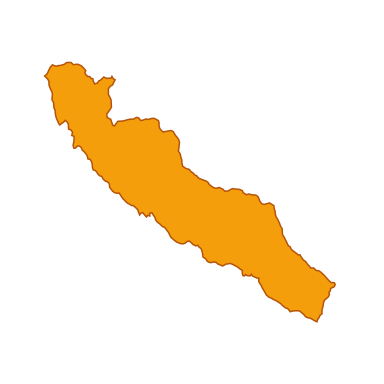 Chapada de Areia, Tocantins, Brazil (Equal Earth projection), rotated 170°
{"feature_id": "56859067B55527615433818", "entity_name": "Chapada de Areia", "entity_type": "district", "adm_level": 2, "iso_a3": "BRA", "parent_name": "Brazil", "parent_adm1": "Tocantins", "projection": "equal_earth", "projection_center": [-49.195, -10.166], "detail": "fine", "context": "isolated", "style": "filled", "palette": "amber", "viewbox_px": 384, "rotation_deg": 170, "n_neighbors": 0, "source": "geoboundaries", "source_scale": "gbopen_adm2", "svg_char_len": 4093}
<svg xmlns="http://www.w3.org/2000/svg" viewBox="0 0 384 384"><g transform="rotate(170 192 192)"><path d="M247.6,178.5L245.9,180.1L244.1,180.2L242.6,177.5L241.2,175.3L239.6,176.7L237.7,175.7L237.2,178.5L235.2,178.6L234.2,176.1L232.9,173.5L232.7,170.9L231.3,168.2L229.4,166.3L227.1,163.1L225.0,161.8L223.7,159.2L222.1,156.1L221.3,153.0L220.6,151.0L217.7,147.4L215.9,145.4L214.0,144.2L211.7,142.9L209.6,142.5L207.6,142.8L205.3,144.2L203.2,144.1L201.5,142.2L200.2,140.2L197.5,138.2L195.6,138.6L194.7,136.6L192.9,134.7L192.3,131.2L192.4,125.9L190.2,124.0L188.9,121.0L187.1,119.6L185.0,119.1L182.8,119.4L180.5,118.5L178.9,116.5L177.2,115.5L174.6,113.8L172.4,114.6L170.8,115.1L168.9,115.0L166.4,114.9L164.5,113.6L162.4,112.0L160.3,110.4L158.4,108.2L156.1,106.1L156.6,103.1L156.4,100.9L155.0,100.2L153.6,101.4L152.2,100.1L149.4,99.3L147.8,100.7L146.9,98.6L144.9,97.3L142.8,95.9L141.2,95.6L141.8,92.5L141.2,90.3L140.1,87.9L139.5,85.4L137.9,81.4L136.8,77.9L134.4,74.9L132.6,73.9L130.5,72.0L128.2,70.5L125.6,68.1L123.8,66.4L122.6,64.5L121.3,63.0L119.8,61.4L118.0,60.6L116.0,57.0L114.1,57.3L111.1,57.1L108.6,56.7L106.8,56.2L104.9,54.1L103.0,51.6L101.8,49.4L100.1,48.2L97.8,47.4L95.7,45.8L93.7,44.0L91.5,42.5L90.4,44.6L88.5,46.5L87.2,48.5L85.2,49.4L84.4,53.4L82.8,56.8L81.8,60.0L80.2,62.6L77.9,63.8L75.8,65.2L74.5,67.2L74.5,69.4L73.0,70.6L72.3,72.9L69.9,73.6L68.4,74.0L67.0,76.1L67.7,78.0L71.0,78.8L73.4,82.3L75.9,86.5L78.9,90.5L80.7,92.3L83.5,93.3L85.3,96.0L88.1,96.5L89.4,98.7L91.0,101.2L92.1,103.6L94.3,106.0L95.8,109.2L96.5,111.4L98.4,111.7L100.1,113.8L104.1,118.0L104.8,120.9L106.4,122.3L107.4,125.7L109.2,131.9L110.2,134.0L110.0,137.3L109.6,140.1L110.8,143.2L111.2,146.0L112.6,150.9L113.5,152.9L113.8,156.2L113.5,158.8L114.0,161.5L113.7,164.3L115.9,166.3L117.6,167.8L122.4,167.2L124.9,167.9L126.0,169.5L126.9,171.7L127.2,173.8L128.1,176.4L129.8,177.9L131.8,178.4L133.7,178.9L136.4,180.2L138.7,179.8L141.6,182.3L142.2,184.7L145.0,186.4L149.3,187.5L151.1,188.3L153.4,187.9L156.1,186.7L159.7,187.2L161.0,189.3L164.5,191.8L167.7,191.4L170.3,192.8L173.5,196.2L174.6,198.7L176.2,200.4L177.9,201.3L180.6,202.9L183.1,204.5L184.6,207.2L186.3,208.2L187.5,210.4L189.4,212.1L190.9,214.8L193.9,216.2L196.7,219.0L196.9,222.4L196.5,225.5L196.9,227.7L197.0,231.5L198.3,234.8L197.2,237.8L196.5,240.4L195.7,242.8L196.0,245.9L197.0,248.2L198.5,250.7L200.0,254.8L202.0,256.2L204.4,256.2L207.5,256.2L209.9,256.1L211.3,257.6L212.7,260.2L213.0,263.1L212.4,265.6L212.7,268.2L216.4,271.1L218.7,271.4L220.9,271.3L222.7,271.1L224.8,271.9L227.7,271.3L230.2,271.3L231.7,274.3L233.8,275.1L237.1,273.9L240.5,274.5L243.6,274.3L247.4,273.9L252.7,274.5L257.1,270.5L258.5,271.7L259.4,277.7L262.6,280.1L262.4,283.6L259.9,285.9L256.6,289.5L255.7,297.2L257.4,302.7L256.4,308.2L253.9,310.5L251.6,311.2L250.4,313.1L248.2,315.8L250.0,317.4L250.8,319.7L252.0,318.2L256.2,318.7L258.9,320.5L262.6,318.1L264.7,317.5L266.0,315.8L269.1,315.3L270.0,318.3L269.9,320.6L271.7,321.5L272.7,323.5L274.4,323.7L276.3,326.2L276.7,328.3L275.5,329.9L277.2,332.9L278.9,335.3L281.9,337.5L284.0,337.9L286.6,337.9L288.7,340.6L293.0,341.3L295.6,339.9L299.8,339.5L301.7,339.7L304.1,339.4L307.4,341.5L310.2,339.2L314.2,333.4L317.0,331.8L314.5,328.3L313.7,325.9L314.0,323.9L314.2,321.6L313.6,318.5L312.4,313.9L312.8,311.2L313.9,307.3L312.8,304.0L313.3,298.8L312.6,295.8L313.0,293.3L312.9,289.3L312.3,286.4L311.5,282.9L310.6,281.0L309.1,281.8L306.3,283.1L304.3,284.6L302.8,282.5L302.0,280.3L302.3,277.9L302.6,275.3L300.5,274.3L299.3,271.6L300.6,268.5L298.6,267.4L298.7,265.3L299.6,262.3L301.0,258.6L300.8,255.7L299.0,255.5L297.1,257.1L295.4,257.0L293.6,255.6L292.8,252.4L291.3,250.5L290.0,248.4L288.9,245.7L288.7,242.5L286.8,242.0L285.8,239.7L285.4,236.9L285.8,233.7L285.4,230.9L283.4,229.9L282.4,228.2L281.3,225.5L279.8,223.8L278.2,223.0L277.2,220.0L275.3,217.6L273.3,216.6L272.0,214.2L272.3,211.0L271.0,208.3L270.0,206.6L268.4,204.8L265.9,203.8L263.9,203.5L262.6,200.5L261.2,197.3L260.0,195.8L258.8,193.9L257.4,192.2L255.3,190.6L254.0,189.2L252.1,188.8L250.6,186.9L248.6,184.2L248.2,181.6L247.6,178.5Z" fill="#f59e0b" stroke="#b45309" stroke-width="1.5"/></g></svg>